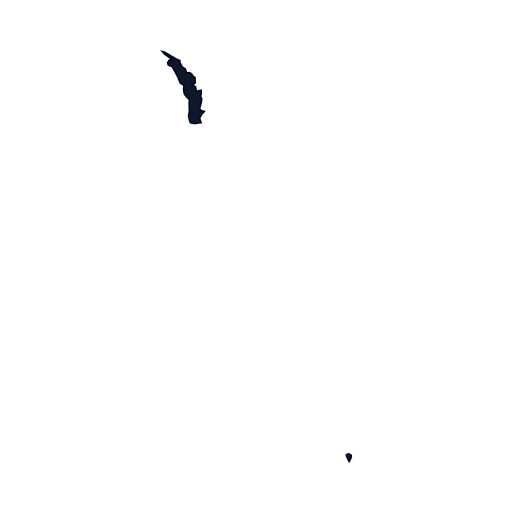 SVG path tracing the border of South Georgia and the Islands, rotated 31°
{"feature_id": "SGS", "entity_name": "South Georgia and the Islands", "entity_type": "country or territory", "adm_level": 0, "iso_a3": "SGS", "parent_name": "Seven seas (open ocean)", "parent_adm1": "", "projection": "mercator", "projection_center": [-35.407, -56.238], "detail": "fine", "context": "isolated", "style": "filled", "palette": "ink", "viewbox_px": 512, "rotation_deg": 31, "n_neighbors": 0, "source": "natural_earth", "source_scale": "50m", "svg_char_len": 911}
<svg xmlns="http://www.w3.org/2000/svg" viewBox="0 0 512 512"><g transform="rotate(31 256 256)"><path d="M99.2,132.1L102.2,134.7L104.7,132.9L107.2,133.1L108.6,134.0L110.0,134.3L111.8,134.4L114.8,138.8L113.6,142.7L116.9,141.9L119.8,145.2L121.2,144.9L121.8,143.6L123.7,142.1L125.0,144.1L126.6,148.0L128.6,149.2L130.3,153.3L131.7,158.5L133.0,159.3L135.1,159.3L137.3,158.6L136.5,163.1L136.8,167.1L140.4,170.0L138.2,171.5L135.9,173.8L131.3,175.6L130.1,174.9L126.1,170.9L124.2,166.1L119.9,159.4L119.1,157.5L118.0,156.2L114.2,155.4L110.8,153.8L108.0,150.4L107.1,148.3L106.0,146.9L102.2,146.9L99.8,145.3L97.4,143.2L86.7,136.9L82.5,137.6L80.6,135.8L80.7,132.7L82.9,130.8L73.6,130.1L70.3,129.0L72.6,128.3L85.5,128.2L90.3,127.7L90.8,129.0L95.1,131.8L99.2,132.1ZM441.6,380.9L441.7,384.3L436.8,381.1L435.7,379.7L437.3,377.7L440.3,377.7L441.1,378.9L441.6,380.9Z" fill="#0f172a" stroke="#020617" stroke-width="1.5"/></g></svg>